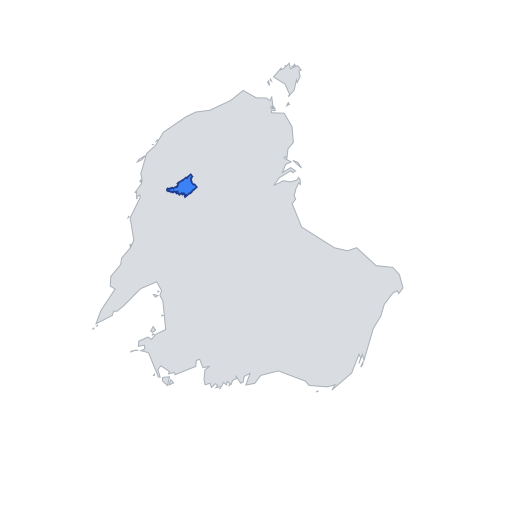 Murweh, Queensland, Australia (highlighted), rotated 224°
{"feature_id": "25037944B20792422717007", "entity_name": "Murweh", "entity_type": "district", "adm_level": 2, "iso_a3": "AUS", "parent_name": "Australia", "parent_adm1": "Queensland", "projection": "equal_earth", "projection_center": [146.659, -26.136], "detail": "fine", "context": "in_parent", "style": "filled", "palette": "blue", "viewbox_px": 512, "rotation_deg": 224, "n_neighbors": 0, "source": "geoboundaries", "source_scale": "gbopen_adm2", "svg_char_len": 6843}
<svg xmlns="http://www.w3.org/2000/svg" viewBox="0 0 512 512"><g transform="rotate(224 256 256)"><path d="M329.8,109.3L334.4,134.4L339.9,133.1L346.3,140.6L347.4,155.8L351.2,161.1L352.1,175.2L354.8,182.5L373.0,196.0L380.1,218.0L382.1,219.1L382.5,215.2L386.4,219.2L387.1,217.3L388.6,228.4L390.9,231.7L396.0,235.1L405.8,253.7L405.2,266.0L408.6,280.7L403.0,307.9L399.3,317.7L390.5,328.7L382.3,350.2L380.2,366.2L365.6,370.0L358.3,376.8L353.8,377.4L355.1,381.3L348.0,375.6L349.0,374.3L348.6,372.9L347.3,372.8L344.9,375.3L343.2,373.8L346.0,371.5L344.4,369.7L334.9,378.3L319.9,374.0L308.0,363.6L307.4,355.3L301.7,347.8L304.0,348.1L303.9,345.9L296.1,348.1L298.3,342.5L295.0,334.4L292.4,343.7L286.6,344.6L287.5,341.5L290.2,341.5L293.6,328.7L292.2,319.0L288.6,329.2L282.9,333.0L279.3,339.1L280.0,342.1L277.6,341.7L273.7,338.3L276.0,338.3L274.1,332.3L270.2,325.6L267.1,324.7L266.3,318.7L243.2,308.5L205.5,316.3L193.9,323.2L189.3,331.9L162.9,332.5L149.7,342.8L139.9,342.2L128.1,335.2L127.2,328.1L129.9,329.3L131.8,325.0L130.2,310.4L124.4,299.3L121.3,285.4L105.8,255.9L111.0,259.1L107.3,250.0L109.8,255.3L113.7,256.9L105.9,238.3L108.3,212.3L109.7,218.4L113.5,211.7L127.9,199.7L133.3,200.4L160.1,188.9L169.6,173.5L168.5,163.4L173.7,156.1L178.7,167.4L180.9,161.2L177.7,156.7L178.5,153.9L187.6,155.8L184.7,154.7L186.4,150.2L184.7,146.3L189.5,145.8L187.6,142.8L191.6,142.4L190.1,138.2L193.4,133.4L193.8,136.3L196.6,135.9L196.6,130.5L200.7,132.4L203.2,128.0L207.6,131.0L213.6,138.6L212.7,144.6L216.5,138.8L224.8,142.6L226.4,139.4L222.6,134.8L231.8,114.3L233.7,115.6L237.0,110.5L238.1,112.7L248.1,111.0L247.7,106.1L240.9,102.4L242.0,101.1L266.2,111.8L273.1,107.9L271.4,112.0L274.4,114.2L277.9,109.3L281.1,113.4L277.5,122.6L273.3,123.4L273.7,130.0L269.9,140.4L291.9,159.1L297.8,160.9L299.7,165.4L309.5,168.5L316.3,152.3L316.6,128.6L317.6,119.7L320.1,117.5L318.1,113.4L324.0,96.1L329.8,109.3ZM343.4,395.3L354.6,399.8L367.8,397.0L368.5,409.3L367.7,407.1L366.3,409.7L366.0,417.8L361.3,414.5L358.4,421.8L352.7,421.2L353.8,419.2L348.9,415.7L346.9,409.5L349.1,410.6L343.8,401.9L343.4,395.3ZM229.7,101.3L236.6,101.2L238.8,103.8L234.3,109.0L229.7,101.3ZM284.4,350.8L295.8,350.4L291.0,352.5L284.4,350.8ZM279.5,128.7L281.0,133.8L276.7,132.9L277.3,129.3L279.5,128.7ZM405.2,251.5L405.0,245.9L406.7,241.2L407.3,244.6L405.2,251.5ZM364.7,388.0L368.4,389.0L368.5,390.8L364.7,388.0ZM229.0,102.8L231.5,107.8L227.1,107.5L229.0,102.8ZM339.3,388.7L337.2,388.3L338.3,385.3L339.3,388.7ZM303.1,157.0L301.0,158.5L299.0,159.3L299.9,156.5L303.1,157.0ZM105.7,254.6L103.8,251.9L103.4,249.3L103.7,249.2L105.7,254.6ZM367.7,392.4L369.1,393.6L366.4,392.6L367.7,392.4ZM390.1,229.1L391.6,229.1L391.6,231.6L390.1,229.1ZM352.6,175.0L354.5,176.5L354.2,177.4L352.6,175.0ZM361.2,418.9L361.4,420.8L360.0,420.2L361.2,418.9ZM407.5,268.1L407.6,271.2L407.4,271.1L407.5,268.1ZM247.2,101.0L246.1,99.6L246.8,98.9L247.2,101.0ZM279.4,101.3L277.7,103.8L279.7,99.4L279.4,101.3ZM407.8,264.4L407.0,265.4L407.6,264.4L407.8,264.4ZM282.6,148.1L281.6,148.6L282.1,147.4L282.6,148.1ZM276.1,128.5L274.9,128.8L275.6,127.2L276.1,128.5ZM118.2,199.9L117.9,201.9L117.4,201.7L118.2,199.9ZM322.0,94.9L322.0,96.7L321.5,95.4L322.0,94.9ZM347.3,373.6L347.6,374.6L347.2,374.3L347.3,373.6ZM277.3,104.6L275.1,106.3L277.4,104.1L277.3,104.6ZM190.2,135.7L189.4,136.9L189.9,135.5L190.2,135.7ZM362.0,417.4L361.3,417.8L361.7,417.1L362.0,417.4ZM302.2,163.0L300.9,162.9L301.6,161.9L302.2,163.0ZM185.9,144.9L185.3,145.6L185.2,144.0L185.9,144.9ZM367.3,413.2L366.3,413.8L366.6,412.7L367.3,413.2ZM322.8,90.2L322.6,91.4L322.0,90.8L322.8,90.2ZM346.8,374.9L347.7,375.8L346.1,375.5L346.8,374.9ZM375.2,195.9L374.4,195.9L374.7,194.6L375.2,195.9ZM381.8,215.0L381.4,215.0L381.7,214.0L381.8,215.0ZM343.9,393.8L343.6,394.6L343.3,393.6L343.9,393.8Z" fill="#d9dde1" stroke="#a8b0b8" stroke-width="1"/><path d="M347.9,249.0L347.7,251.1L347.6,251.9L347.5,253.6L347.6,254.3L347.3,254.2L347.1,255.6L346.7,255.6L346.6,257.1L346.9,257.1L347.0,257.1L346.8,258.6L347.2,258.7L347.0,260.2L346.9,260.2L346.6,260.4L346.7,260.5L346.8,260.8L347.0,261.1L346.9,261.3L346.9,261.6L346.6,261.6L346.5,262.9L346.5,263.0L346.4,263.0L346.5,263.0L346.4,263.6L346.4,264.1L346.5,264.1L346.4,264.5L347.9,264.7L348.7,264.7L349.0,264.8L349.0,264.7L349.7,264.6L350.5,264.7L350.6,263.8L352.0,264.0L353.7,264.2L353.7,264.9L355.4,265.1L355.4,265.8L356.3,265.9L356.5,266.0L356.4,267.2L356.4,267.3L357.0,267.4L356.9,268.2L356.8,269.0L357.8,269.1L358.6,269.3L359.8,269.5L359.9,269.4L359.9,268.8L359.8,268.1L359.8,267.7L360.0,266.5L360.1,265.8L360.2,265.0L359.7,265.0L359.7,264.9L359.8,264.9L359.8,264.2L360.0,263.6L361.0,263.7L361.1,262.8L361.1,261.5L361.3,261.0L361.3,260.5L361.3,260.1L361.3,259.9L361.1,259.8L361.1,259.3L361.2,259.2L361.8,259.3L361.9,258.4L362.1,256.9L362.3,256.9L362.3,256.5L362.2,256.4L362.2,256.2L362.3,255.9L362.2,255.8L362.2,255.6L362.4,255.4L362.5,255.4L362.5,255.5L362.6,255.4L362.8,255.4L362.9,254.8L362.8,254.7L362.8,254.3L362.9,254.2L362.9,253.8L362.7,253.8L362.7,253.7L362.5,253.8L362.5,253.7L362.3,253.5L362.2,253.4L361.9,253.3L361.8,253.2L361.7,253.2L361.6,252.9L361.6,252.4L361.5,252.2L361.4,252.0L361.4,251.9L360.7,251.8L360.8,250.3L361.6,250.4L361.8,249.0L362.2,249.0L362.3,247.7L362.4,247.8L362.5,247.5L362.4,247.4L362.2,247.2L362.2,246.9L363.6,247.1L363.7,246.2L364.4,246.3L364.6,244.8L364.4,244.7L364.5,244.0L364.8,244.1L365.0,244.3L365.3,244.3L365.3,244.2L365.5,244.0L365.5,243.9L365.6,243.7L365.8,243.7L366.0,243.5L366.0,243.4L366.3,243.4L366.2,243.2L366.3,243.2L366.5,243.1L366.6,242.9L366.6,242.7L366.4,242.4L366.4,242.2L366.2,242.0L366.2,241.9L365.9,241.7L365.7,241.5L365.8,241.4L365.7,241.3L365.5,241.2L365.4,241.3L365.3,241.2L365.2,241.2L365.0,241.3L364.9,241.4L364.9,241.5L364.7,241.6L364.4,241.7L364.4,241.8L364.3,242.0L364.2,242.0L363.9,242.1L363.9,242.3L363.7,242.3L363.7,242.2L363.4,242.2L363.4,242.3L363.4,242.2L363.3,242.3L363.2,242.4L363.2,242.7L362.7,242.8L362.5,242.7L362.4,242.7L362.2,242.7L361.9,242.7L361.9,242.8L361.7,242.9L361.7,243.0L361.6,243.4L361.6,243.5L361.4,243.7L361.3,243.8L361.2,243.8L360.9,243.9L360.7,243.8L360.7,243.7L360.4,243.6L360.3,243.8L360.2,244.0L360.1,243.9L359.9,243.9L360.2,244.7L359.9,244.6L359.7,244.7L359.5,245.0L359.5,245.5L359.1,245.5L359.0,246.1L358.7,246.1L358.5,246.4L358.4,246.6L358.3,246.8L357.5,247.6L357.7,245.9L356.4,245.7L356.2,246.4L356.3,246.5L356.2,247.1L355.7,247.0L355.8,247.3L354.7,247.2L354.7,246.9L353.6,246.7L353.5,247.9L353.5,248.1L353.4,249.1L353.3,249.9L352.7,249.8L351.8,249.7L351.8,248.9L351.5,248.9L351.5,249.0L351.5,249.7L351.7,250.4L351.7,250.7L351.7,251.0L351.4,251.2L350.1,250.9L350.0,250.6L350.1,250.2L349.5,250.1L349.4,250.2L349.5,250.3L349.4,250.3L349.4,250.5L349.2,250.7L349.2,250.8L349.1,251.1L349.0,251.3L348.9,251.5L348.2,251.5L348.2,250.7L348.2,250.2L348.3,250.2L348.4,250.3L348.5,250.0L348.6,249.2L347.9,249.0Z" fill="#3b82f6" stroke="#1e3a8a" stroke-width="1.5"/></g></svg>